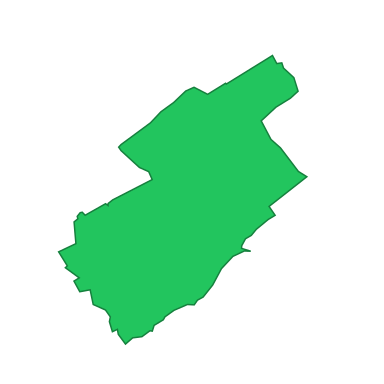 Ballymun-Finglas Lea-6, Dublin, Ireland (Equal Earth projection), rotated 316°
{"feature_id": "5873133B16381399369592", "entity_name": "Ballymun-Finglas Lea-6", "entity_type": "district", "adm_level": 2, "iso_a3": "IRL", "parent_name": "Ireland", "parent_adm1": "Dublin", "projection": "equal_earth", "projection_center": [-6.294, 53.391], "detail": "fine", "context": "isolated", "style": "filled", "palette": "green", "viewbox_px": 384, "rotation_deg": 316, "n_neighbors": 0, "source": "geoboundaries", "source_scale": "gbopen_adm2", "svg_char_len": 1088}
<svg xmlns="http://www.w3.org/2000/svg" viewBox="0 0 384 384"><g transform="rotate(316 192 192)"><path d="M38.5,255.2L48.0,255.7L55.5,261.3L65.3,262.6L66.8,264.5L72.1,261.6L82.6,264.0L85.8,263.0L96.9,264.6L110.5,269.7L115.2,274.7L120.8,273.6L127.0,275.3L142.2,273.3L159.9,267.6L176.7,266.7L188.7,270.8L193.1,275.4L188.5,267.0L190.4,265.2L198.0,262.8L204.6,264.4L212.4,263.5L227.7,264.7L235.6,266.5L237.4,255.9L285.2,260.8L282.8,251.1L286.3,221.7L285.3,209.1L291.2,188.9L311.4,189.3L328.0,192.9L338.3,193.2L344.7,180.5L343.9,166.5L346.3,161.5L342.2,158.5L344.7,149.7L291.7,138.2L291.7,137.1L271.1,132.6L266.2,118.1L257.7,115.0L240.9,114.9L225.4,112.7L210.2,113.4L174.0,108.6L170.4,108.8L169.7,113.0L171.2,137.8L175.0,147.3L172.0,155.4L129.6,142.6L123.7,142.0L122.2,143.4L121.7,140.4L99.0,134.5L99.0,130.3L97.2,129.2L92.5,129.8L91.3,132.0L86.4,131.6L72.6,148.5L54.5,142.4L51.0,158.5L48.3,158.5L51.2,175.4L45.2,174.1L42.0,185.8L50.8,191.6L42.8,204.3L47.8,216.8L46.5,225.1L42.5,227.9L37.7,237.2L42.9,239.0L40.1,243.2L38.5,255.2Z" fill="#22c55e" stroke="#15803d" stroke-width="1.5"/></g></svg>